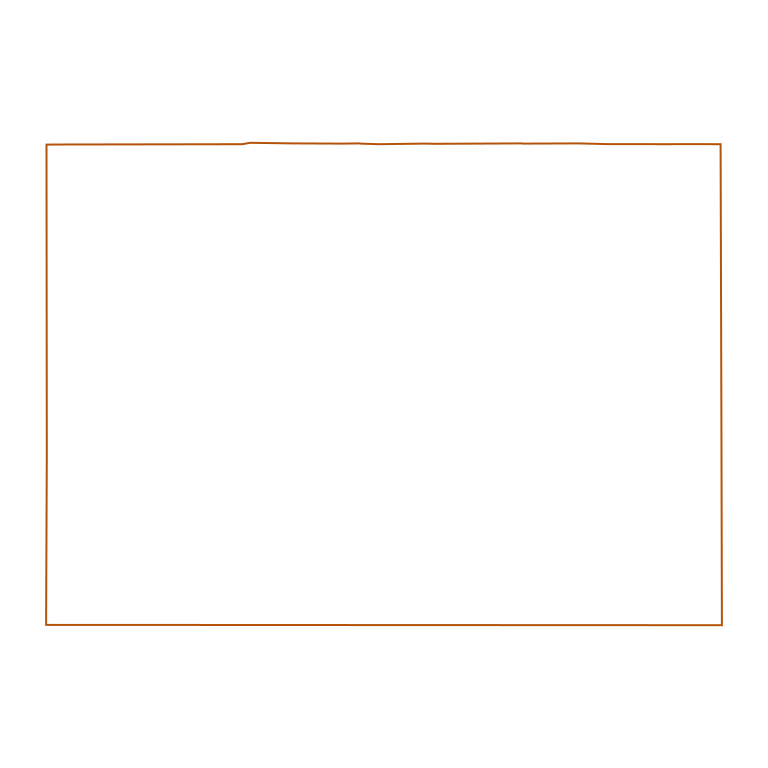 Dickinson, Iowa, United States of America
{"feature_id": "52423323B9004969002795", "entity_name": "Dickinson", "entity_type": "district", "adm_level": 2, "iso_a3": "USA", "parent_name": "United States of America", "parent_adm1": "Iowa", "projection": "mercator", "projection_center": [-95.113, 43.378], "detail": "fine", "context": "isolated", "style": "outline", "palette": "amber", "viewbox_px": 768, "rotation_deg": 0, "n_neighbors": 0, "source": "geoboundaries", "source_scale": "gbopen_adm2", "svg_char_len": 458}
<svg xmlns="http://www.w3.org/2000/svg" viewBox="0 0 768 768"><path d="M720.6,144.2L720.2,144.2L692.1,144.1L663.9,144.2L635.5,144.1L606.9,144.1L578.7,143.4L550.6,143.5L522.8,143.6L521.6,143.4L435.3,143.8L424.3,143.6L378.3,144.2L360.6,143.6L359.8,143.4L341.9,143.6L292.8,143.4L250.2,142.8L241.7,144.3L241.4,144.2L65.1,144.5L64.3,144.5L46.5,144.6L46.8,454.6L46.1,624.9L721.9,625.2L721.5,456.1L720.6,144.2Z" fill="none" stroke="#b45309" stroke-width="2"/></svg>